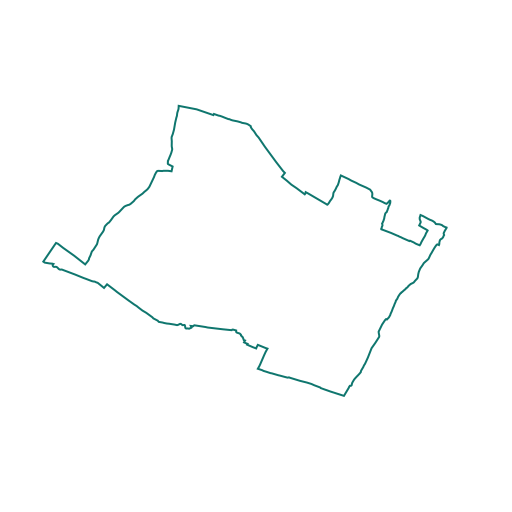 Draguseni, Iasi, Romania, rotated 226°
{"feature_id": "2599482B87373690339338", "entity_name": "Draguseni", "entity_type": "district", "adm_level": 2, "iso_a3": "ROU", "parent_name": "Romania", "parent_adm1": "Iasi", "projection": "orthographic", "projection_center": [27.486, 46.891], "detail": "fine", "context": "isolated", "style": "outline", "palette": "teal", "viewbox_px": 512, "rotation_deg": 226, "n_neighbors": 0, "source": "geoboundaries", "source_scale": "gbopen_adm2", "svg_char_len": 6109}
<svg xmlns="http://www.w3.org/2000/svg" viewBox="0 0 512 512"><g transform="rotate(226 256 256)"><path d="M353.0,342.4L355.9,341.8L357.5,341.2L358.8,340.4L361.4,338.5L362.8,337.9L365.7,336.2L369.9,333.3L371.4,332.5L372.9,331.9L373.7,331.2L377.2,329.6L379.7,328.5L381.9,327.4L383.0,326.6L387.4,324.4L387.0,323.2L402.7,315.2L417.7,304.7L416.1,303.0L415.4,302.1L414.1,299.6L413.5,298.6L411.7,296.4L410.9,294.9L408.2,290.7L403.8,284.7L401.5,280.8L400.2,278.0L399.4,277.1L397.0,275.1L393.9,272.0L393.2,271.4L391.1,270.0L390.5,269.2L389.1,266.8L388.0,264.5L387.3,262.8L386.0,259.9L385.5,258.5L384.9,258.1L384.3,257.3L383.9,256.9L383.4,256.6L382.1,256.9L378.3,258.2L375.6,254.1L378.4,251.9L381.5,248.7L382.3,247.5L385.2,244.8L385.7,244.0L385.7,243.5L385.5,242.2L384.7,239.7L383.6,237.4L379.9,227.5L379.6,225.8L379.4,224.3L379.5,222.3L379.7,220.3L379.7,217.7L380.5,212.6L380.6,211.3L380.7,208.3L380.4,206.7L380.4,205.4L380.6,202.0L380.9,200.5L381.7,199.1L382.6,197.0L383.0,195.5L383.0,194.2L382.7,188.3L382.7,187.0L383.4,182.6L383.4,180.9L382.6,176.7L382.2,173.5L382.5,172.2L382.5,171.3L382.4,168.5L382.0,167.2L381.7,166.6L380.4,164.7L379.8,163.0L378.7,157.1L378.0,155.1L377.4,153.8L375.5,150.8L374.9,149.7L373.4,143.2L373.4,142.2L373.2,140.9L372.2,138.9L371.4,137.4L370.3,134.3L369.7,133.6L369.2,132.2L368.6,127.3L382.5,125.4L395.9,122.9L402.4,122.0L404.3,121.2L403.8,118.7L399.7,99.1L398.6,99.3L397.9,99.5L394.1,102.3L391.8,104.3L391.0,104.7L391.0,104.0L390.8,103.6L390.3,103.1L389.7,102.9L389.0,102.9L388.4,103.2L387.3,104.5L386.7,104.9L385.8,105.1L383.6,105.1L382.7,105.4L382.2,105.7L381.2,106.9L368.3,113.0L359.7,116.8L357.9,117.7L351.9,120.5L350.8,121.2L349.6,122.2L347.7,122.9L347.3,123.2L346.6,123.5L345.9,123.6L338.6,124.5L339.1,129.2L329.3,130.7L326.8,131.0L312.2,133.5L305.7,134.7L302.9,135.4L300.3,135.7L295.7,136.4L291.3,137.6L284.4,138.8L283.6,138.9L282.5,138.8L277.7,140.4L276.5,140.3L276.0,140.4L273.0,142.6L271.6,143.4L269.3,145.0L267.7,146.4L263.2,149.8L261.1,151.2L260.6,152.1L259.9,154.3L259.3,154.8L257.3,155.1L256.9,155.6L256.0,156.7L255.0,156.4L253.5,155.3L252.9,155.2L252.3,155.4L251.5,156.4L250.3,157.3L250.0,157.7L249.8,158.5L249.3,159.7L249.3,160.2L249.5,160.5L249.8,160.6L250.7,160.4L251.0,160.5L249.1,162.1L249.1,163.1L249.0,163.5L239.9,170.4L238.2,171.5L226.6,181.0L219.5,187.0L219.5,187.8L219.1,188.3L216.2,190.0L215.5,189.3L214.8,188.9L214.0,189.1L211.6,190.4L210.8,190.5L210.5,190.4L209.9,190.5L209.3,190.0L208.8,190.1L208.2,189.9L207.2,190.1L206.8,190.0L206.5,189.8L206.1,189.8L205.7,189.6L204.0,188.8L202.8,189.4L202.7,189.0L202.6,188.6L202.2,187.4L199.7,188.4L198.7,188.9L198.4,188.0L192.6,190.4L189.4,191.9L190.0,193.2L190.8,195.6L183.1,199.0L181.4,199.9L180.3,196.3L179.1,193.2L175.1,183.6L174.4,181.7L173.6,179.0L169.6,181.1L168.1,181.6L165.6,183.0L161.6,185.1L160.7,185.8L154.4,189.4L153.7,189.9L148.7,192.9L146.6,194.2L146.2,194.7L145.9,195.3L145.6,195.5L144.9,195.8L135.7,200.9L129.6,204.7L126.5,206.4L125.4,207.0L122.6,208.1L116.9,210.8L116.4,210.9L116.0,210.8L106.8,215.4L94.3,222.1L96.7,231.0L97.2,232.2L97.4,233.4L96.8,234.0L96.6,234.5L96.7,235.2L97.3,236.0L98.0,237.3L98.9,240.5L99.1,241.8L99.3,245.1L99.3,246.3L99.4,247.6L99.4,248.4L99.5,249.2L99.6,250.3L99.7,250.8L100.1,251.2L100.5,252.0L101.6,256.0L102.3,257.7L102.7,259.5L104.1,263.1L105.2,265.9L109.4,275.1L110.6,281.4L112.2,288.2L112.4,288.6L112.9,289.2L115.6,291.0L116.4,291.7L119.1,299.1L120.2,304.1L120.3,305.6L120.0,306.0L119.4,306.1L119.5,308.9L120.3,311.6L120.9,312.6L121.9,315.2L123.4,318.3L124.2,320.4L125.1,322.2L126.1,324.7L126.7,325.6L126.7,326.2L127.0,326.8L127.0,327.7L127.9,329.8L128.4,331.7L128.8,333.9L128.6,334.5L128.6,334.8L128.8,335.1L128.8,335.5L128.6,336.0L128.5,339.2L128.3,340.4L128.5,340.8L128.5,341.9L128.3,342.6L128.4,344.5L128.6,345.0L128.5,345.5L128.4,347.9L128.2,348.2L128.2,348.5L127.7,349.8L127.4,351.1L127.7,353.4L127.8,356.5L128.4,357.8L130.3,360.2L131.5,362.1L132.9,365.3L133.1,366.1L133.7,369.4L134.3,371.7L134.3,372.7L134.1,376.8L134.1,377.9L134.4,378.9L135.8,382.5L136.2,384.2L137.3,387.9L137.9,390.1L138.3,391.9L138.6,393.9L138.3,394.6L136.8,395.2L137.3,396.2L138.3,397.2L139.2,398.6L139.6,399.3L139.7,400.3L139.7,400.7L139.4,401.6L139.4,402.5L139.5,403.3L139.6,403.8L140.0,404.5L140.4,405.9L141.7,406.5L142.1,407.0L142.9,409.1L143.8,412.5L143.9,412.8L144.1,412.9L145.1,412.3L146.7,411.7L147.5,411.4L148.8,411.3L150.2,410.7L151.5,409.9L152.9,408.6L153.4,408.1L154.1,407.6L155.8,407.9L157.5,407.7L159.5,407.1L161.2,406.3L163.1,405.6L168.6,403.9L171.2,402.8L169.9,400.4L169.4,399.9L168.7,399.3L166.3,398.3L165.8,397.8L164.6,394.6L159.8,395.9L157.3,396.7L155.3,397.2L155.1,397.2L155.0,396.9L154.2,394.0L153.3,392.1L152.9,390.9L152.3,388.6L151.2,384.9L150.3,382.6L150.0,381.2L153.1,379.8L154.2,379.4L156.2,378.9L160.0,377.4L160.2,377.2L160.2,376.7L167.0,373.9L168.8,373.3L170.3,372.6L170.9,372.4L171.5,372.3L172.4,371.8L178.7,369.2L186.1,365.7L188.1,364.7L188.5,364.8L188.8,365.8L189.4,366.5L190.0,368.0L190.3,368.4L191.8,369.3L192.0,370.4L192.5,371.2L192.8,372.3L193.4,373.2L193.8,374.1L194.8,375.4L196.7,378.4L196.8,378.7L196.9,379.8L196.8,380.6L197.0,381.0L197.5,382.0L197.7,382.6L198.3,383.6L198.7,384.7L199.2,385.2L199.5,385.8L199.9,387.4L200.2,388.0L200.4,388.3L200.6,388.5L200.7,389.0L201.0,389.5L202.1,390.7L202.4,390.9L202.9,390.8L203.0,390.1L202.8,389.4L202.8,387.8L202.8,387.1L202.8,386.4L202.9,386.1L204.7,385.3L206.7,384.7L209.9,383.4L212.8,382.1L215.7,380.9L216.7,380.6L217.4,380.5L217.8,380.6L218.2,380.9L219.7,382.7L220.5,383.3L221.2,383.7L221.9,383.8L224.4,384.2L228.7,382.8L235.7,379.9L239.0,378.9L244.1,376.9L246.9,376.1L255.0,373.0L254.2,371.3L253.8,370.7L253.0,369.1L251.5,366.7L250.2,364.2L249.7,362.1L248.8,359.8L248.2,357.9L247.9,356.4L247.5,355.4L245.7,353.2L245.3,352.4L244.9,351.5L244.5,349.9L244.1,347.3L243.6,345.6L243.4,344.4L243.3,343.2L243.4,342.9L243.5,342.9L264.6,337.0L267.4,336.1L266.6,334.8L266.5,333.9L276.6,332.3L282.8,331.0L288.7,330.5L295.0,329.7L295.7,334.5L298.4,334.5L310.1,335.8L319.6,337.1L328.5,338.3L339.5,340.2L342.6,340.3L347.1,341.2L349.9,341.3L352.1,341.7L353.0,342.4Z" fill="none" stroke="#0f766e" stroke-width="2"/></g></svg>